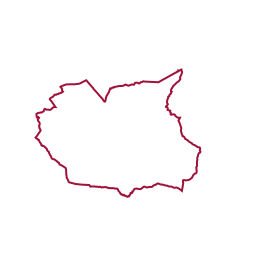 Provita De Sus, Prahova, Romania, rotated 307°
{"feature_id": "2599482B41461583551920", "entity_name": "Provita De Sus", "entity_type": "district", "adm_level": 2, "iso_a3": "ROU", "parent_name": "Romania", "parent_adm1": "Prahova", "projection": "albers", "projection_center": [25.633, 45.139], "detail": "fine", "context": "isolated", "style": "outline", "palette": "rose", "viewbox_px": 256, "rotation_deg": 307, "n_neighbors": 0, "source": "geoboundaries", "source_scale": "gbopen_adm2", "svg_char_len": 5747}
<svg xmlns="http://www.w3.org/2000/svg" viewBox="0 0 256 256"><g transform="rotate(307 128 128)"><path d="M110.2,208.9L116.9,205.5L118.7,203.8L119.0,203.6L119.5,203.5L119.8,203.7L120.1,204.0L120.4,204.5L120.7,205.4L121.2,206.0L123.0,207.7L124.1,208.3L126.5,209.0L127.6,208.9L129.1,208.6L130.3,208.5L131.6,208.8L132.8,209.6L133.2,209.6L134.4,209.2L135.2,208.6L135.5,208.3L135.9,207.7L137.0,206.9L137.5,206.3L138.0,206.1L138.9,206.1L139.6,205.8L140.5,204.9L141.5,204.2L142.9,203.1L144.3,202.6L144.7,202.3L145.2,201.7L145.6,201.4L147.4,200.8L149.2,200.0L150.0,199.8L150.8,199.8L151.7,200.3L152.3,200.3L152.6,200.1L152.8,200.0L153.2,198.9L155.1,198.0L155.6,197.0L155.3,196.3L154.6,195.1L154.6,194.6L154.7,194.2L154.6,193.3L154.5,191.9L154.0,189.9L153.8,189.3L154.3,187.9L154.3,187.6L154.0,186.9L153.9,185.8L153.9,184.1L154.1,183.1L154.0,181.8L153.8,180.6L153.8,180.1L153.9,179.8L154.4,179.1L154.6,178.7L154.7,177.1L154.3,176.6L155.3,175.0L157.4,172.2L158.0,171.7L159.7,170.8L160.2,170.4L161.2,168.8L162.3,167.4L164.3,163.9L165.7,163.7L167.5,163.3L166.7,162.4L166.1,161.3L166.2,158.4L166.7,157.6L166.7,156.8L166.6,156.5L166.4,156.1L165.1,155.0L164.6,154.5L164.5,154.1L164.9,153.5L165.8,153.2L166.0,153.0L166.1,152.1L166.3,151.9L166.6,151.6L167.2,151.4L167.2,151.0L166.6,149.7L166.5,149.2L166.3,148.7L167.4,148.1L167.9,147.6L168.2,146.5L167.8,145.9L167.7,145.7L167.9,145.5L168.0,145.4L168.6,145.6L169.0,145.5L170.1,145.6L171.0,145.5L171.4,144.4L171.7,143.9L172.3,143.6L173.4,142.8L173.8,142.7L174.4,142.3L176.0,142.1L176.2,141.8L176.8,141.6L177.1,141.3L177.5,141.3L178.3,141.8L179.3,141.3L179.9,141.2L181.3,141.6L181.6,141.5L182.8,141.1L182.8,140.9L183.0,140.9L182.8,140.6L182.9,140.4L183.5,140.2L184.3,139.4L185.9,139.1L187.2,139.2L188.3,138.8L188.9,139.0L190.1,139.1L191.8,139.4L193.6,139.6L196.0,140.4L198.4,140.4L198.9,140.1L199.0,139.8L199.5,139.3L200.2,138.9L202.2,138.6L204.8,137.8L205.2,137.5L205.8,136.6L206.8,135.5L205.8,134.9L204.3,134.3L204.2,133.6L203.5,134.0L203.3,134.0L203.0,133.8L203.0,133.5L202.6,133.3L201.6,133.2L201.3,132.9L182.8,124.7L174.8,112.9L174.5,112.1L173.4,111.7L172.3,110.7L171.9,110.5L170.9,110.5L170.4,110.3L170.1,109.9L170.0,108.8L169.7,108.1L169.0,107.1L168.4,106.6L168.1,106.4L167.7,106.4L166.6,106.8L166.2,106.7L165.8,106.3L165.5,105.6L165.0,104.8L162.0,102.9L161.6,101.6L161.4,100.2L161.2,99.9L160.6,99.6L160.1,99.2L159.5,99.2L158.7,98.6L157.8,97.7L156.6,96.2L155.4,94.9L154.7,94.4L153.2,93.0L152.4,92.7L152.3,92.3L151.8,92.2L151.7,91.8L151.2,91.7L150.8,91.3L150.3,91.0L149.8,91.0L149.4,90.7L149.2,90.8L149.0,90.6L148.8,90.0L147.9,90.3L147.2,90.4L146.5,90.8L144.2,91.3L140.8,91.6L138.8,92.2L137.7,92.9L135.7,93.7L135.4,93.8L135.1,93.5L135.0,93.4L134.9,93.1L135.1,92.2L135.9,90.2L136.4,87.4L136.9,84.8L137.3,83.2L138.5,76.8L138.9,76.0L138.9,75.7L139.0,75.3L141.0,65.9L137.4,64.1L134.6,62.8L133.9,62.3L130.3,58.5L128.9,56.5L125.6,52.4L121.2,49.6L120.2,49.3L119.9,50.4L119.9,51.1L119.7,51.6L119.2,52.2L118.1,52.9L117.9,54.2L117.5,54.1L116.3,53.7L114.6,52.6L114.1,52.1L113.9,52.2L112.9,51.7L112.7,51.5L112.1,50.8L111.1,50.5L110.8,49.7L110.6,49.5L109.4,49.2L108.5,49.4L107.9,49.3L106.5,48.6L105.4,48.2L104.2,48.0L103.9,48.3L103.6,49.0L103.5,49.6L103.4,50.5L103.2,51.3L102.7,52.3L102.2,54.3L101.6,55.8L101.1,57.4L100.8,56.9L99.9,56.1L98.8,55.7L96.8,55.4L95.7,54.9L95.4,54.7L94.4,52.8L93.5,51.7L93.4,51.5L93.4,50.3L93.2,50.0L93.0,49.9L92.3,50.0L91.2,50.5L90.5,50.5L88.5,49.7L88.0,49.3L87.8,49.1L87.7,48.7L85.8,47.2L85.7,47.0L84.1,46.4L82.1,48.2L81.8,49.0L81.7,49.2L81.9,49.3L82.7,49.6L82.6,49.9L82.6,50.8L81.9,50.9L81.0,50.7L80.3,51.0L80.0,51.3L79.6,52.0L79.3,53.5L78.9,54.1L78.8,54.4L78.7,54.5L77.9,55.2L77.1,55.5L76.2,55.6L75.5,56.7L74.9,56.9L74.6,57.4L74.4,58.0L74.2,58.5L73.3,59.8L68.3,59.9L67.6,60.1L64.7,60.0L64.7,60.4L64.5,60.7L64.6,61.6L64.8,62.3L64.8,62.6L64.5,63.2L64.8,63.7L64.8,64.0L64.3,64.6L63.6,66.1L63.0,68.1L62.7,68.6L62.2,69.0L62.1,69.3L62.4,69.8L62.2,70.4L62.3,70.7L62.8,71.4L62.9,72.3L62.7,73.1L62.8,73.2L62.8,73.8L62.5,74.6L62.5,75.6L62.2,76.1L61.8,76.5L61.5,76.9L61.4,77.1L61.4,78.6L61.1,79.5L60.6,79.7L60.3,80.6L59.5,81.9L59.3,83.0L58.7,84.0L58.0,85.0L57.8,85.4L57.9,86.0L58.1,87.0L58.7,88.4L58.6,89.5L58.7,90.9L58.4,92.4L58.7,93.0L58.7,93.4L58.6,93.9L57.8,94.9L57.7,95.2L57.8,95.4L57.8,96.3L58.2,97.4L58.2,97.9L58.4,99.2L58.5,102.1L58.5,102.3L58.2,102.8L57.5,103.6L54.6,106.0L53.8,106.6L52.8,107.8L51.7,108.6L51.5,108.9L49.9,112.2L49.2,113.1L49.2,113.6L51.5,119.3L52.7,121.5L55.1,125.4L58.7,130.7L59.1,131.4L59.1,131.8L58.6,132.8L58.6,133.3L59.8,134.6L60.4,135.4L60.9,136.0L61.9,137.9L62.7,138.8L63.2,140.0L64.4,141.2L64.5,141.6L64.5,142.4L64.6,142.7L64.8,142.9L65.2,143.1L65.6,143.5L66.0,144.3L66.8,144.9L67.3,145.8L67.7,146.2L67.9,146.5L67.9,147.5L68.2,148.0L68.5,149.0L69.3,149.9L70.1,151.3L71.2,152.5L71.7,154.0L72.4,154.9L73.0,155.8L73.0,156.4L72.9,156.9L72.2,157.9L72.0,158.5L71.6,160.5L71.0,161.4L70.9,161.8L70.9,162.2L71.2,162.3L71.4,162.7L71.1,164.0L71.2,164.4L71.5,164.8L72.0,164.8L72.2,165.2L72.2,165.5L72.0,166.4L72.0,166.6L72.5,167.0L72.4,167.8L72.6,168.5L72.8,169.1L73.0,169.2L73.4,169.1L73.8,169.2L74.0,169.8L74.3,170.1L75.6,169.6L76.5,169.7L76.8,169.7L77.5,169.2L77.9,169.4L78.4,170.2L78.8,170.4L79.3,170.2L79.9,169.7L80.0,169.8L80.1,170.1L80.4,170.2L82.6,169.8L83.4,170.0L83.9,170.4L85.0,171.6L85.9,173.7L86.4,174.4L87.0,174.9L88.2,175.4L90.3,175.8L90.8,176.1L91.3,176.8L91.7,178.6L91.9,179.0L93.7,180.4L95.2,182.4L95.7,182.7L97.1,182.9L97.9,183.2L98.3,183.4L99.6,184.5L100.6,184.5L101.2,184.8L101.7,185.4L102.0,185.9L102.4,187.5L102.6,188.1L103.8,190.1L104.1,190.7L104.4,192.0L105.5,194.0L105.9,195.8L107.1,197.5L107.5,198.3L107.9,200.6L108.2,201.1L109.4,202.2L109.7,202.7L110.1,203.9L110.2,204.5L110.3,207.4L110.2,208.9Z" fill="none" stroke="#9f1239" stroke-width="2"/></g></svg>